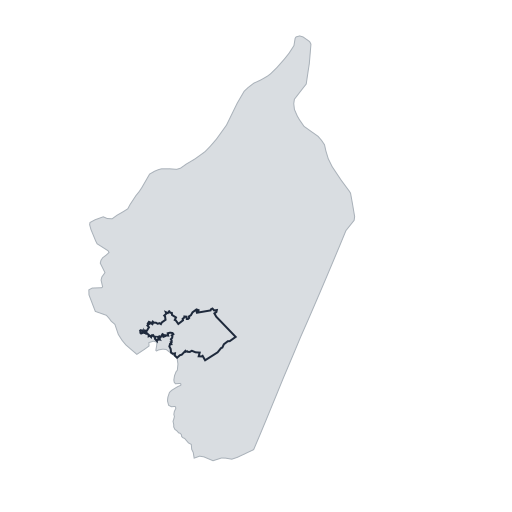 Homs, Homs (Hims), Syria (highlighted), rotated 326°
{"feature_id": "27442178B91557549439519", "entity_name": "Homs", "entity_type": "district", "adm_level": 2, "iso_a3": "SYR", "parent_name": "Syria", "parent_adm1": "Homs (Hims)", "projection": "orthographic", "projection_center": [36.55, 34.443], "detail": "medium", "context": "in_parent", "style": "outline", "palette": "slate", "viewbox_px": 512, "rotation_deg": 326, "n_neighbors": 0, "source": "geoboundaries", "source_scale": "gbopen_adm2", "svg_char_len": 4058}
<svg xmlns="http://www.w3.org/2000/svg" viewBox="0 0 512 512"><g transform="rotate(326 256 256)"><path d="M98.5,190.6L102.3,191.0L110.3,196.0L111.6,195.8L114.1,189.3L116.5,187.2L121.5,185.3L122.9,174.8L125.2,172.8L128.0,171.7L132.3,171.5L136.1,170.9L136.3,169.0L131.1,157.0L131.5,153.9L134.0,141.7L135.6,137.0L137.1,135.4L143.0,136.0L151.3,138.1L153.5,141.6L157.5,144.7L163.6,144.5L170.6,145.0L176.1,145.2L180.4,142.9L190.2,138.8L195.1,137.3L199.5,135.5L213.6,128.6L219.3,129.0L223.2,129.8L226.2,130.8L233.0,135.3L238.7,139.8L242.6,141.0L249.6,140.8L259.7,141.4L272.1,141.0L279.3,139.5L288.5,137.0L304.7,131.0L325.9,118.8L338.3,112.8L343.8,111.9L350.9,111.5L358.1,112.7L366.2,113.3L369.9,113.1L378.6,111.5L389.7,108.6L396.7,106.4L405.1,102.8L410.2,97.4L411.8,96.8L414.1,97.6L415.2,97.9L417.5,100.7L420.3,108.1L420.3,108.9L420.0,111.1L414.8,117.6L407.7,126.4L402.5,132.0L393.8,141.5L387.0,143.7L375.5,147.5L372.5,150.8L369.8,156.0L368.5,163.0L368.2,167.3L368.3,175.4L371.4,183.7L374.4,191.6L375.0,196.9L375.0,202.1L372.7,207.9L370.3,215.7L369.1,224.4L369.0,240.7L369.6,254.6L369.5,256.8L365.1,266.8L359.8,278.5L357.3,281.3L344.8,285.2L331.4,294.1L316.3,304.0L302.5,313.0L288.0,322.4L272.9,332.1L262.1,339.0L247.5,348.2L234.3,356.9L220.8,365.7L210.5,372.4L194.8,382.9L185.6,389.0L172.1,398.0L160.1,405.9L145.8,415.2L128.0,412.5L122.3,410.9L117.7,406.5L114.3,404.1L105.9,401.7L100.5,393.4L97.3,390.4L91.7,389.0L94.1,383.8L94.6,380.3L97.0,376.0L95.5,373.2L94.8,367.3L93.8,365.8L93.4,364.2L94.3,362.3L93.9,360.4L93.0,359.5L92.6,356.5L91.8,354.4L92.2,351.7L93.4,350.0L94.8,346.6L96.2,345.6L98.6,343.5L99.3,341.4L101.4,339.2L104.3,337.5L104.9,336.1L104.5,335.3L101.6,333.7L100.1,330.9L101.5,326.9L102.4,325.6L104.1,323.7L108.0,320.7L111.0,320.2L113.5,320.3L117.9,320.5L121.3,321.1L122.1,320.3L122.0,319.3L117.8,316.9L117.6,314.9L118.6,312.8L121.6,309.6L125.1,307.2L126.9,306.7L130.9,301.9L133.5,296.5L129.3,283.3L126.8,281.2L122.8,279.4L120.4,279.1L120.2,278.2L123.4,274.9L125.7,272.0L123.2,269.2L118.7,267.9L117.0,270.8L111.2,271.0L102.2,270.9L98.4,257.0L97.8,251.0L98.0,244.0L100.8,233.8L99.5,229.1L99.4,225.9L98.8,221.5L91.8,212.1L95.8,194.8L98.5,190.6Z" fill="#d9dde1" stroke="#a8b0b8" stroke-width="1"/><path d="M186.6,311.9L193.9,311.7L189.1,284.1L189.4,280.3L191.8,280.3L193.3,278.9L190.9,277.8L190.5,275.2L188.9,275.0L187.9,275.7L175.3,270.0L175.7,268.8L177.4,269.4L178.1,268.8L176.8,267.0L171.9,267.2L168.9,268.7L166.6,268.6L166.0,270.0L164.4,270.2L163.4,269.5L164.4,267.4L162.8,266.1L162.2,266.9L160.0,267.1L159.5,268.5L153.6,268.9L153.5,264.7L152.9,263.6L155.3,262.2L153.4,257.9L154.4,256.1L153.2,255.1L153.2,252.5L152.8,253.5L151.0,254.0L149.8,252.1L149.5,253.6L146.6,254.1L146.8,255.3L145.3,258.3L140.7,258.4L139.1,259.3L138.4,257.7L136.6,257.2L135.8,255.4L134.0,254.1L133.7,252.6L132.9,252.9L132.8,254.1L132.0,254.6L131.2,252.7L130.1,252.7L131.0,251.6L130.4,250.7L128.5,251.5L128.5,252.6L127.1,252.9L127.4,255.2L124.0,256.8L123.1,256.9L122.3,255.7L121.1,256.8L120.2,254.4L118.8,253.0L118.1,253.2L118.0,254.2L117.2,255.0L117.4,256.0L118.7,256.3L120.2,255.3L119.7,256.3L120.4,257.4L121.0,257.9L122.7,257.5L121.7,259.2L122.5,259.5L122.9,261.3L122.2,262.4L123.2,262.4L123.7,264.5L124.6,263.5L125.6,263.5L125.8,264.5L126.5,264.4L126.4,266.0L127.4,266.7L125.9,268.1L126.3,271.1L127.1,270.1L128.4,270.9L128.8,270.1L129.5,271.1L129.6,269.6L130.3,269.5L129.5,268.2L130.5,268.6L130.4,269.3L131.0,268.8L131.4,270.0L134.8,268.5L135.3,269.6L134.1,270.2L134.0,271.2L136.2,271.7L136.7,271.2L138.7,272.9L139.6,270.7L141.9,271.5L143.7,273.2L143.8,274.6L141.8,274.7L141.9,275.7L140.7,277.0L138.9,277.4L138.8,278.9L137.9,280.2L137.3,279.9L137.1,280.7L136.1,280.7L136.2,281.6L135.3,281.1L133.6,282.5L133.3,285.3L131.6,288.5L132.4,290.6L134.4,291.4L133.0,293.0L133.7,296.2L137.5,295.7L139.2,296.3L144.3,295.2L144.2,296.1L145.6,296.4L145.9,297.4L147.5,298.5L149.8,298.7L152.0,302.0L155.3,304.6L152.4,307.1L154.8,308.9L155.9,308.9L155.5,314.0L170.3,314.4L175.5,312.8L176.9,313.1L180.0,311.2L185.0,310.9L186.6,311.9Z" fill="none" stroke="#1e293b" stroke-width="2"/></g></svg>